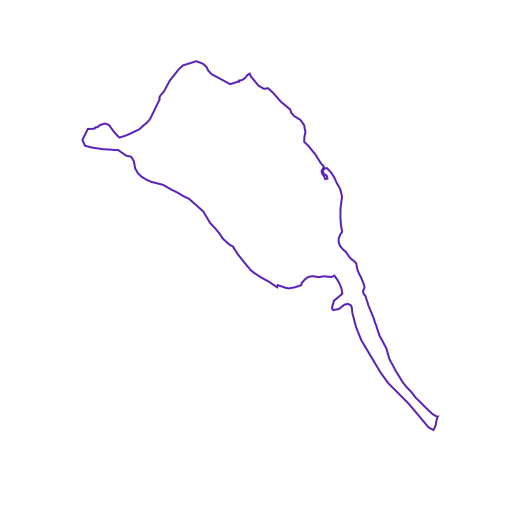 the district of Sahil Silim, Asyut, Egypt, rotated 170°
{"feature_id": "37247803B82943552263009", "entity_name": "Sahil Silim", "entity_type": "district", "adm_level": 2, "iso_a3": "EGY", "parent_name": "Egypt", "parent_adm1": "Asyut", "projection": "natural_earth1", "projection_center": [31.355, 27.093], "detail": "fine", "context": "isolated", "style": "outline", "palette": "violet", "viewbox_px": 512, "rotation_deg": 170, "n_neighbors": 0, "source": "geoboundaries", "source_scale": "gbopen_adm2", "svg_char_len": 3090}
<svg xmlns="http://www.w3.org/2000/svg" viewBox="0 0 512 512"><g transform="rotate(170 256 256)"><path d="M398.4,410.1L399.5,410.4L406.8,400.4L405.2,394.3L399.6,391.6L394.5,389.9L387.8,387.6L382.6,386.5L376.4,384.8L373.4,384.3L366.7,377.6L361.6,375.3L360.8,373.2L359.8,370.3L359.8,363.2L358.0,358.2L355.2,354.2L350.7,350.2L346.1,347.1L341.5,345.1L335.0,342.1L327.7,336.0L322.2,332.0L318.9,329.1L317.6,327.9L312.0,323.9L304.7,314.8L300.1,308.8L299.0,305.8L297.4,301.7L295.6,296.7L291.0,289.7L288.2,284.7L285.5,278.6L280.0,271.6L277.2,269.6L276.5,267.6L276.4,267.7L273.6,260.8L268.1,250.7L263.5,242.7L260.8,239.7L254.3,233.6L247.9,228.6L240.6,221.5L239.6,223.5L232.3,219.5L229.5,218.4L223.1,218.4L222.0,218.6L217.5,219.2L216.6,219.4L215.7,221.4L212.0,224.4L208.3,226.3L203.6,226.3L198.1,224.3L192.6,224.2L185.2,222.2L183.1,222.8L182.2,223.1L180.4,219.3L179.2,216.3L178.0,211.7L177.5,209.2L177.5,205.3L177.5,203.9L178.7,203.1L181.6,201.5L187.0,198.4L189.9,192.5L190.2,190.6L189.3,189.4L183.8,189.3L177.4,192.7L173.8,192.9L171.1,190.9L170.6,188.8L171.0,182.9L169.8,168.5L166.9,154.7L153.4,119.1L147.7,107.6L131.6,84.5L127.1,76.8L115.8,57.2L111.4,53.8L109.8,56.1L108.4,58.2L107.4,61.2L105.6,65.2L105.3,66.0L105.2,66.1L105.3,66.1L109.7,69.7L116.1,78.5L119.8,83.9L123.3,88.7L126.8,95.3L130.4,100.6L132.3,104.1L133.5,106.4L138.2,118.2L140.2,124.4L142.5,131.1L143.7,142.5L146.2,150.2L148.2,156.1L150.0,168.3L150.2,168.5L150.4,169.6L150.6,172.1L151.1,175.4L151.8,178.5L152.9,183.4L153.5,185.9L153.9,187.8L154.2,190.5L154.7,193.7L155.1,197.7L156.4,199.4L156.8,202.7L154.5,206.2L154.7,209.3L155.3,212.1L156.3,216.8L157.6,220.8L158.5,225.2L158.6,231.2L160.1,233.7L163.0,236.8L163.1,237.1L163.3,237.4L163.9,238.3L164.5,239.3L166.7,244.3L169.1,247.2L171.4,251.1L172.2,255.1L171.5,259.0L169.1,262.7L166.9,264.9L167.0,271.5L166.2,279.1L165.1,285.0L164.5,288.2L160.9,299.7L161.5,307.3L163.4,312.9L163.5,313.0L164.1,315.0L165.3,319.9L167.7,325.5L171.0,330.3L172.6,330.2L175.3,329.2L175.2,326.5L175.0,324.8L173.2,323.8L172.3,322.3L172.3,319.8L174.4,319.7L175.2,323.0L176.5,325.5L176.7,328.2L173.6,332.2L176.2,336.5L179.9,345.6L184.9,354.7L188.7,360.1L187.7,364.8L185.8,369.5L185.9,376.6L188.7,382.4L194.1,387.1L196.4,391.0L196.9,394.4L198.0,395.7L204.6,403.4L211.0,414.0L215.1,419.2L219.1,419.2L220.3,420.2L224.1,423.5L230.0,434.0L230.5,436.7L233.2,435.6L234.1,434.6L236.9,432.6L239.7,431.6L242.4,431.7L242.4,430.6L243.3,430.7L244.3,430.7L251.6,429.7L268.2,442.8L269.7,445.1L270.8,446.8L271.9,450.6L272.8,451.8L274.8,454.5L278.8,456.9L280.9,458.2L291.6,456.8L294.9,456.4L300.0,453.0L301.2,451.9L302.2,451.0L304.2,449.2L308.4,445.6L310.8,443.3L313.3,440.1L315.3,437.6L316.2,436.4L318.0,434.1L321.7,431.1L323.6,429.1L323.6,427.1L336.6,409.2L340.3,406.2L344.0,404.2L348.6,401.2L351.4,400.3L358.7,398.3L364.5,397.0L369.8,396.4L370.8,397.3L371.8,399.0L372.7,400.3L374.2,402.7L375.1,404.5L376.3,407.0L378.0,410.5L381.5,412.6L383.6,412.4L385.4,412.2L387.1,412.0L389.7,410.4L391.9,410.5L392.8,409.5L394.4,409.6L395.1,409.6L396.3,409.8L397.5,410.0L398.4,410.1Z" fill="none" stroke="#5b21b6" stroke-width="2"/></g></svg>